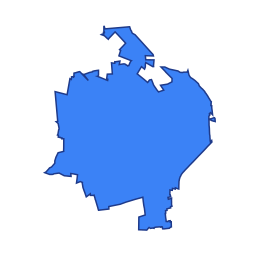 Kanasín, Yucatán, Mexico (Robinson projection), rotated 174°
{"feature_id": "50627088B17603753996885", "entity_name": "Kanasín", "entity_type": "district", "adm_level": 2, "iso_a3": "MEX", "parent_name": "Mexico", "parent_adm1": "Yucatán", "projection": "robinson", "projection_center": [-89.548, 20.915], "detail": "fine", "context": "isolated", "style": "filled", "palette": "blue", "viewbox_px": 256, "rotation_deg": 174, "n_neighbors": 0, "source": "geoboundaries", "source_scale": "gbopen_adm2", "svg_char_len": 5498}
<svg xmlns="http://www.w3.org/2000/svg" viewBox="0 0 256 256"><g transform="rotate(174 128 128)"><path d="M128.0,25.7L120.6,24.6L120.1,24.5L119.8,24.6L118.7,25.8L117.4,26.9L116.6,26.2L116.1,25.8L115.3,25.9L115.1,25.9L113.7,25.9L112.6,25.5L112.4,26.2L111.9,26.3L110.6,26.5L109.0,26.4L107.5,26.4L106.4,26.3L105.5,26.3L105.6,26.0L104.2,26.0L104.1,24.1L102.8,23.9L97.3,24.0L97.0,24.3L96.7,24.5L96.3,24.7L96.3,24.8L96.0,24.9L95.8,25.0L95.5,25.1L95.3,25.1L95.2,25.1L95.0,27.8L94.8,30.2L95.8,30.1L95.7,30.6L95.7,31.4L96.9,31.4L97.7,31.3L97.8,31.0L98.1,30.7L98.6,30.8L99.2,30.9L99.6,31.1L99.8,31.1L99.8,31.6L99.8,33.1L99.9,34.5L99.9,36.0L99.9,37.7L99.9,39.1L99.5,39.1L99.3,40.4L99.3,40.8L99.3,41.9L98.3,42.0L97.8,42.0L97.8,43.5L96.7,43.7L95.3,43.9L93.9,44.1L93.9,45.4L92.4,45.7L92.7,46.9L92.7,47.0L92.6,48.5L92.4,50.0L92.4,50.7L92.3,51.7L92.0,53.6L93.9,53.2L94.7,53.0L95.3,52.9L95.5,54.7L95.5,54.8L95.3,54.8L95.1,54.8L94.8,54.8L94.1,55.0L92.7,55.2L92.9,56.8L93.0,57.3L93.4,57.4L93.2,58.6L93.2,58.9L93.0,60.0L92.7,62.0L92.5,61.9L91.5,61.6L90.5,61.4L90.1,63.3L88.7,62.8L87.4,62.3L87.2,63.6L86.6,63.3L85.5,62.7L83.9,62.0L83.7,63.3L83.5,65.2L83.2,67.2L83.1,67.9L83.0,68.7L82.9,69.5L82.8,69.8L82.4,71.0L82.3,71.5L81.9,72.5L81.3,73.9L81.2,74.0L80.8,74.5L79.8,76.2L78.7,77.4L78.1,78.0L76.8,79.1L75.4,80.4L74.9,80.8L74.3,81.3L74.1,81.5L73.2,82.2L71.6,83.6L70.1,84.9L68.6,86.1L68.4,86.2L68.0,86.7L67.6,87.0L67.0,87.4L66.2,88.1L65.3,88.9L64.7,89.4L62.5,91.3L62.1,91.6L61.0,92.6L60.0,93.4L59.4,93.9L57.5,95.5L55.1,97.5L52.0,100.2L51.9,100.3L50.8,101.3L48.6,103.1L46.0,105.3L46.1,106.8L47.5,105.5L47.6,107.0L47.5,108.9L47.5,110.4L47.4,111.2L47.4,112.0L47.5,113.2L47.5,113.5L47.4,115.1L47.3,116.7L47.2,118.1L47.1,119.5L47.1,120.0L47.1,121.1L47.1,121.5L47.1,122.5L47.0,123.2L47.0,123.5L46.9,124.0L46.9,124.5L46.8,125.5L46.7,126.4L46.7,128.0L46.2,127.8L45.1,127.5L44.5,127.0L43.9,126.6L43.0,126.2L42.3,125.9L41.7,125.7L41.3,125.6L41.1,125.5L40.6,125.3L40.5,128.4L41.0,129.2L41.5,129.2L42.3,129.0L44.0,128.6L45.5,128.4L46.6,128.2L46.4,131.2L45.1,132.5L45.7,133.5L45.2,133.9L44.4,134.7L43.4,133.4L42.8,132.7L42.5,132.3L42.5,133.4L42.5,134.0L42.5,134.6L42.5,136.1L42.6,139.2L42.4,141.4L43.2,141.6L42.8,143.2L43.0,143.3L42.4,145.4L42.6,145.6L42.8,145.9L43.0,146.2L43.2,146.7L43.3,146.9L43.5,147.3L43.7,147.8L44.2,148.8L44.3,149.0L44.7,149.8L44.9,150.2L45.0,150.6L45.7,152.1L46.4,153.3L46.8,154.2L47.6,155.2L47.8,156.2L48.8,157.5L49.8,158.9L50.7,159.8L51.1,160.3L51.8,161.2L52.7,162.4L53.2,164.2L53.4,164.8L55.1,166.7L56.3,168.1L57.9,169.6L58.7,170.3L60.3,171.5L61.1,172.7L61.8,174.3L62.0,175.6L62.1,176.7L62.3,178.4L62.4,179.1L63.3,177.4L65.4,177.6L66.8,177.7L68.1,177.5L70.4,177.9L72.3,179.5L80.6,182.2L85.0,184.8L86.9,185.0L88.8,185.2L84.7,179.9L84.7,179.7L79.0,172.7L79.5,169.3L84.1,167.5L91.2,167.1L88.5,161.9L93.9,160.7L95.5,163.2L96.1,164.4L97.0,166.0L98.0,167.9L99.2,172.4L99.6,173.7L101.6,173.5L103.7,171.2L107.0,174.7L113.2,180.9L108.8,186.8L108.2,187.6L105.4,184.8L104.4,186.8L104.1,189.2L103.9,190.2L103.5,191.2L96.9,186.4L96.1,186.4L96.1,187.4L95.0,193.0L103.2,194.0L103.2,196.6L103.2,198.1L95.2,197.0L95.4,198.4L111.2,220.0L113.4,221.5L114.1,222.3L114.4,224.0L115.0,224.9L115.5,227.1L115.8,228.5L140.6,229.0L140.9,231.1L141.3,232.1L141.9,226.5L141.5,226.2L141.5,225.4L142.4,225.5L142.2,224.1L143.3,224.1L144.6,223.8L144.8,223.7L143.9,223.3L142.2,222.4L141.8,222.2L139.4,219.4L138.3,218.3L138.0,218.8L130.8,224.9L129.7,223.5L129.1,222.7L128.8,222.4L127.9,221.2L127.3,220.4L126.7,219.6L123.1,214.8L121.5,212.6L122.8,211.4L124.4,210.0L126.2,208.5L128.2,206.8L127.2,205.9L129.5,200.7L123.7,197.7L117.7,194.6L117.9,194.5L118.8,193.4L120.5,190.4L120.7,190.0L121.0,190.0L121.6,189.8L121.6,190.0L123.3,190.9L123.4,191.3L124.5,192.0L125.4,192.2L125.7,192.2L126.8,192.2L128.2,192.1L128.9,192.1L130.1,192.0L129.0,195.4L133.6,195.2L134.2,195.3L134.4,193.8L135.2,193.9L137.6,194.5L137.9,183.4L143.0,183.7L144.1,179.0L143.0,178.6L143.3,177.4L152.8,182.5L152.7,182.5L151.8,183.6L151.3,188.5L152.6,188.5L155.8,188.3L157.3,188.0L157.3,187.7L157.9,187.5L160.2,187.3L166.3,185.8L166.5,185.9L162.5,179.4L167.9,186.3L168.6,187.2L170.1,189.1L170.5,189.1L171.0,189.0L171.4,189.0L171.5,188.9L171.9,188.9L172.1,188.8L172.4,188.8L172.6,188.8L172.7,188.7L173.0,188.7L173.3,188.6L173.8,188.5L174.3,188.4L174.8,188.4L175.5,188.3L176.0,188.2L176.3,185.6L176.7,185.2L176.3,184.7L176.9,184.2L177.4,184.8L178.8,184.8L179.1,182.9L179.4,182.2L180.6,183.1L185.1,167.5L196.7,171.8L197.2,141.9L198.8,141.8L197.0,139.8L196.6,135.0L196.7,134.0L197.1,133.6L198.3,129.3L198.4,129.1L198.6,128.8L198.9,128.4L198.0,127.9L198.3,126.2L196.3,125.7L196.3,125.4L194.7,125.0L194.9,124.2L193.0,124.0L193.7,117.8L194.0,115.1L194.3,113.0L194.4,111.5L200.1,110.7L202.7,106.5L204.2,103.0L204.5,100.6L208.0,97.3L209.0,96.9L210.2,96.5L211.3,95.4L214.1,92.9L215.5,92.3L210.8,90.0L207.6,89.7L206.6,90.2L201.2,90.4L200.2,89.7L196.4,87.2L189.7,85.8L189.7,88.7L187.5,88.2L183.1,86.8L184.0,82.7L185.0,78.6L181.0,79.7L179.2,78.7L179.3,78.6L179.0,73.5L178.2,70.1L177.7,68.2L176.7,63.9L175.3,64.7L172.4,66.5L172.4,64.9L169.4,64.6L169.0,64.6L168.8,64.7L168.3,62.4L168.2,61.7L168.1,61.2L168.1,60.9L168.1,60.5L168.0,60.3L167.9,60.0L167.6,58.6L167.4,57.4L167.2,56.4L166.8,54.2L166.7,53.7L166.6,53.2L166.4,52.3L166.2,50.7L165.9,49.3L155.5,49.4L155.3,51.9L143.7,53.0L137.3,54.6L135.6,54.9L128.4,56.3L120.5,57.6L120.5,56.0L120.5,55.1L120.5,53.6L120.4,49.8L120.2,47.3L120.1,47.0L120.0,41.8L120.0,39.7L126.5,38.3L128.0,25.7Z" fill="#3b82f6" stroke="#1e3a8a" stroke-width="1.5"/></g></svg>